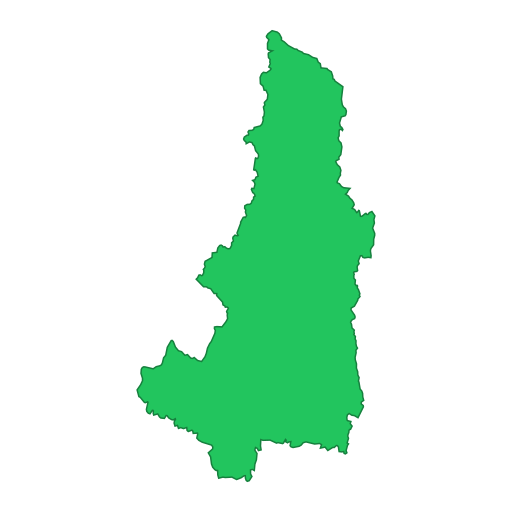 Ikongo, Vatovavy-Fitovinany, Madagascar (Natural Earth projection)
{"feature_id": "10022922B6018255004858", "entity_name": "Ikongo", "entity_type": "district", "adm_level": 2, "iso_a3": "MDG", "parent_name": "Madagascar", "parent_adm1": "Vatovavy-Fitovinany", "projection": "natural_earth1", "projection_center": [47.46, -21.855], "detail": "fine", "context": "isolated", "style": "filled", "palette": "green", "viewbox_px": 512, "rotation_deg": 0, "n_neighbors": 0, "source": "geoboundaries", "source_scale": "gbopen_adm2", "svg_char_len": 6077}
<svg xmlns="http://www.w3.org/2000/svg" viewBox="0 0 512 512"><path d="M137.1,389.9L138.9,396.6L140.2,397.3L144.4,402.4L145.4,402.7L147.6,401.8L148.0,402.2L146.4,409.4L146.8,411.4L148.3,413.2L150.0,413.8L152.3,410.4L152.9,410.3L153.4,411.0L153.2,413.2L153.7,415.1L157.7,413.9L159.5,416.9L160.8,418.0L164.4,418.4L166.2,415.5L167.2,415.7L168.6,417.8L171.5,419.6L173.1,419.9L175.3,418.7L175.5,419.4L174.5,420.9L174.1,423.1L175.0,426.1L177.5,425.4L178.5,428.4L180.8,427.6L183.5,428.6L186.7,427.5L187.1,430.5L188.3,431.5L191.9,430.2L192.8,431.0L193.2,433.4L197.5,433.1L197.7,434.0L196.8,438.1L198.8,440.3L202.2,442.2L211.6,445.1L212.8,447.0L212.6,449.0L208.3,452.8L210.6,456.9L211.5,464.0L212.7,467.2L214.8,469.6L216.2,470.5L217.6,470.5L217.8,474.9L218.7,478.2L222.9,477.1L225.2,477.5L231.9,477.1L236.6,479.5L241.2,477.7L244.0,475.8L245.3,475.7L245.4,478.1L246.2,480.4L247.3,481.3L249.2,480.7L251.9,476.5L250.6,474.0L250.5,469.9L252.4,469.4L254.3,470.5L254.9,464.1L256.4,459.8L257.0,453.5L254.8,450.1L255.5,447.5L257.3,448.4L258.4,450.6L261.1,449.9L260.5,446.0L260.8,439.6L263.0,440.3L270.1,440.1L276.5,443.1L278.0,442.6L282.6,443.6L283.5,443.0L285.5,439.4L286.2,440.2L285.2,441.5L287.5,442.8L288.5,442.1L290.8,441.6L290.1,445.7L291.0,446.8L293.0,447.5L299.1,446.3L301.2,445.1L303.2,442.7L306.0,441.9L314.6,444.0L319.6,443.5L321.5,444.6L320.4,448.1L325.1,447.1L327.8,450.5L332.8,447.4L334.2,447.5L336.4,445.5L337.4,445.6L338.4,446.9L339.1,451.6L341.9,451.9L343.7,451.5L344.1,453.4L345.4,453.9L346.9,452.8L346.1,450.6L347.5,445.3L348.5,443.9L347.1,443.0L348.5,438.3L347.8,436.4L347.9,434.8L348.8,432.6L349.0,430.4L349.7,429.4L350.5,429.4L352.1,426.1L350.2,423.7L350.9,421.5L347.7,420.7L347.0,420.0L346.8,417.3L347.4,414.9L349.1,413.5L351.8,415.2L354.4,415.6L358.0,417.7L363.4,406.8L363.2,405.5L361.2,403.9L361.3,402.1L363.7,400.4L362.8,397.1L362.6,393.4L361.8,391.1L360.1,389.0L358.9,381.9L358.4,381.3L359.1,377.6L357.8,375.0L357.7,371.8L356.4,368.1L356.5,363.9L355.3,359.9L355.1,357.4L356.1,352.8L355.9,350.3L357.5,348.1L356.5,346.5L355.9,343.6L356.0,340.7L355.1,338.9L355.4,336.5L353.8,334.5L354.3,333.5L353.9,331.8L354.3,330.2L352.0,327.9L351.5,324.2L350.6,322.5L350.7,321.7L352.3,319.6L354.6,318.6L355.1,317.0L354.6,315.2L351.0,309.9L351.2,308.0L354.4,306.2L357.7,300.3L357.9,299.0L360.0,296.5L359.3,295.2L359.9,293.8L358.4,289.5L357.3,288.0L357.5,285.9L357.0,285.3L356.2,285.7L355.0,284.0L355.4,280.0L353.9,278.4L353.8,275.5L354.2,274.5L353.6,272.6L354.2,271.8L356.8,271.4L357.6,270.6L357.1,267.0L357.5,265.6L359.1,263.7L358.3,261.0L360.4,255.8L361.9,255.7L362.9,257.4L364.6,257.9L368.2,257.3L370.9,257.7L371.1,255.7L370.4,250.9L370.8,248.7L373.6,244.8L373.7,239.2L374.7,235.4L374.7,233.4L372.6,228.1L374.4,223.1L373.9,219.6L374.9,215.9L371.9,211.5L369.4,212.6L367.9,214.5L366.6,214.4L366.1,213.4L365.5,213.4L361.9,216.3L360.5,216.3L359.3,210.7L358.7,210.4L357.6,212.0L356.7,212.6L354.6,209.5L352.1,208.3L354.2,204.8L353.7,202.8L352.0,200.0L349.9,198.2L348.5,196.1L345.5,194.2L347.2,192.6L348.2,190.4L350.0,188.4L343.6,187.7L341.5,186.5L339.4,183.7L337.4,182.9L337.0,182.1L339.0,177.4L340.5,175.1L340.3,173.3L340.9,170.4L339.8,167.0L337.3,164.7L335.7,161.7L336.3,160.6L339.0,159.3L338.8,157.2L340.8,154.6L341.9,146.9L341.0,142.9L338.8,140.7L338.1,137.8L339.1,135.9L339.1,131.0L339.5,129.7L341.3,129.3L342.4,130.5L342.9,129.5L341.8,127.5L340.3,126.3L339.5,123.0L341.3,116.9L345.1,115.8L345.9,114.6L346.4,111.1L345.5,108.7L343.5,107.0L342.3,104.8L341.8,101.8L341.4,99.1L342.9,86.7L335.0,81.1L334.2,79.4L332.9,78.8L332.7,76.0L331.3,71.8L327.6,69.5L327.0,68.5L321.0,67.9L320.3,63.7L318.2,62.1L316.8,58.5L312.7,57.4L308.5,54.7L303.5,53.5L302.3,52.2L298.0,50.4L296.8,49.2L294.6,49.0L288.2,45.5L284.3,41.9L281.4,40.1L281.5,37.9L279.4,33.9L277.3,32.1L272.1,30.7L268.0,33.8L266.4,36.3L266.7,37.4L268.9,39.7L267.5,43.4L267.5,48.9L268.6,50.1L272.4,50.8L268.5,52.9L268.2,54.0L268.5,57.6L270.1,59.5L269.8,62.2L270.3,63.6L268.8,67.0L270.9,68.4L271.0,69.0L270.0,70.3L266.4,72.8L263.4,72.3L261.6,74.0L260.1,77.4L260.4,83.7L263.1,86.2L264.1,90.2L266.0,90.3L267.9,94.5L267.3,99.3L264.6,102.2L264.3,102.9L264.9,105.0L263.4,107.0L264.4,112.0L264.0,115.9L262.9,117.2L263.2,120.4L262.0,124.0L260.3,125.9L254.2,127.5L253.8,129.2L252.3,130.3L249.0,130.5L248.0,132.0L248.7,133.9L248.4,135.1L247.0,135.2L244.3,137.1L243.6,139.0L244.2,140.4L246.1,142.2L246.2,143.7L249.5,141.9L252.0,142.6L253.0,144.7L254.4,145.9L255.6,150.7L258.3,154.0L258.6,156.2L257.9,158.1L257.0,158.7L255.7,157.9L255.4,158.3L253.7,169.8L254.3,170.2L255.4,169.7L257.2,172.3L258.1,176.2L255.9,177.2L255.0,179.7L252.6,180.4L254.3,182.1L255.0,184.2L253.9,188.6L251.9,188.3L251.4,189.4L252.8,192.7L253.5,192.9L254.6,194.4L255.1,196.1L253.6,197.1L253.5,199.4L252.0,200.8L251.3,203.2L249.8,204.3L247.2,204.4L244.8,205.8L244.6,208.2L245.8,210.1L245.4,212.0L246.6,215.5L245.4,217.5L244.4,217.0L243.2,217.4L240.6,222.2L240.7,223.2L237.0,233.0L238.1,235.5L237.1,235.8L235.0,235.1L233.0,237.1L232.8,238.4L233.4,241.1L231.6,242.8L231.6,245.5L230.0,248.5L228.2,248.8L226.5,248.2L224.8,246.7L223.0,247.0L222.5,245.9L221.1,245.1L219.7,245.5L217.8,248.0L216.9,252.3L212.3,252.9L212.0,257.5L205.1,261.3L204.4,264.2L205.2,266.4L204.6,268.0L203.3,269.4L203.8,270.4L203.7,272.8L202.5,275.3L201.8,275.7L200.2,274.9L198.9,275.1L197.6,277.8L196.2,279.2L203.6,286.8L206.6,286.8L207.8,287.9L210.7,288.7L214.1,293.5L216.8,293.6L216.6,295.3L217.1,296.1L222.5,302.0L223.0,304.9L224.9,306.0L225.3,307.2L226.8,307.0L228.0,307.6L228.3,308.4L226.6,311.4L227.0,312.8L227.6,313.1L227.2,315.1L227.6,318.7L225.9,321.8L222.0,326.9L216.8,326.6L214.5,327.0L214.4,328.6L215.3,330.4L214.9,333.3L211.3,341.5L209.7,343.6L207.5,348.1L206.3,353.4L205.0,356.8L201.6,361.5L197.6,360.5L194.2,357.5L192.7,358.4L190.7,358.1L187.5,354.6L184.9,355.3L181.6,351.7L178.4,350.7L175.4,347.0L173.3,341.6L172.1,340.4L171.2,340.6L167.3,347.3L165.7,355.3L163.6,357.8L162.4,362.9L161.4,364.9L159.8,365.8L156.2,366.7L153.2,368.8L145.0,366.9L143.4,366.9L142.2,367.7L141.3,369.3L141.0,373.4L142.5,378.2L142.5,380.8L140.6,384.8L137.1,389.9Z" fill="#22c55e" stroke="#15803d" stroke-width="1.5"/></svg>